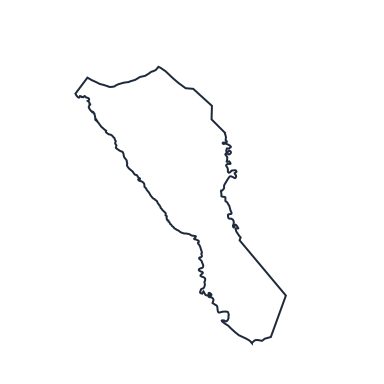 the district of La Jigua, Copán, Honduras, rotated 310°
{"feature_id": "27666195B73111216600935", "entity_name": "La Jigua", "entity_type": "district", "adm_level": 2, "iso_a3": "HND", "parent_name": "Honduras", "parent_adm1": "Copán", "projection": "equal_earth", "projection_center": [-88.775, 15.106], "detail": "fine", "context": "isolated", "style": "outline", "palette": "slate", "viewbox_px": 384, "rotation_deg": 310, "n_neighbors": 0, "source": "geoboundaries", "source_scale": "gbopen_adm2", "svg_char_len": 6023}
<svg xmlns="http://www.w3.org/2000/svg" viewBox="0 0 384 384"><g transform="rotate(310 192 192)"><path d="M131.6,345.6L173.0,330.5L185.6,259.5L188.5,258.4L188.7,256.5L190.2,251.4L191.3,249.6L191.7,249.3L192.2,249.2L192.9,249.7L193.6,250.7L194.0,250.7L194.4,249.6L195.0,247.6L195.0,246.9L194.9,246.3L194.4,246.1L193.7,246.1L192.3,247.2L191.7,246.9L191.6,246.5L191.9,245.7L192.7,244.9L194.0,244.6L195.5,243.6L196.2,242.9L196.8,241.9L197.1,240.9L196.9,239.9L196.6,238.9L195.9,238.2L195.6,237.8L195.5,236.9L195.6,236.2L197.4,234.4L197.8,234.2L198.4,234.4L200.5,236.1L201.1,236.0L201.6,235.5L202.6,233.4L205.4,229.4L205.8,227.9L206.6,225.8L206.7,224.9L206.5,223.9L206.7,223.2L209.1,221.3L209.3,221.0L209.3,220.4L207.8,218.0L207.7,217.6L207.7,217.2L209.2,216.0L211.3,213.6L211.9,213.4L212.4,214.1L212.8,214.2L214.9,214.3L216.1,213.7L217.3,212.6L218.6,212.1L221.5,211.7L225.0,211.1L227.9,210.9L228.6,211.2L229.1,211.8L229.5,213.0L230.1,215.7L230.4,216.1L230.9,216.2L231.9,216.0L232.7,215.4L233.0,215.0L233.2,213.7L233.8,212.6L235.8,213.1L236.2,213.0L236.5,212.4L236.7,211.7L236.5,211.2L236.0,210.6L234.0,208.7L231.4,208.4L230.9,208.2L230.5,207.9L230.4,207.5L230.4,207.0L230.6,206.6L231.0,206.1L232.0,205.3L233.0,204.2L233.4,203.3L234.0,201.4L234.4,201.0L235.2,200.9L236.1,201.1L236.8,201.7L238.0,203.2L238.4,203.3L238.7,203.1L239.1,202.2L239.3,200.7L238.0,199.9L237.7,199.5L237.6,199.0L239.4,198.1L241.3,196.7L241.6,196.0L242.1,193.5L242.8,193.2L243.4,193.2L243.8,193.9L244.4,195.7L244.7,196.3L245.3,196.6L246.4,196.7L247.2,196.5L247.6,196.1L247.9,195.4L247.8,194.5L247.6,194.1L247.3,193.8L245.2,193.7L245.0,193.3L245.1,192.7L245.3,192.1L245.5,191.8L247.0,191.0L247.9,190.8L249.0,192.4L249.6,192.4L251.1,192.9L251.6,192.7L251.8,192.0L251.9,191.1L251.5,189.1L250.7,186.6L249.2,185.4L248.9,184.9L249.0,184.3L249.3,184.0L249.9,184.1L251.3,185.9L252.2,186.4L252.9,186.4L253.2,185.9L253.1,185.1L253.4,184.4L255.8,182.8L257.0,181.2L257.8,179.8L258.5,179.4L260.2,160.3L270.8,151.9L271.8,126.6L267.4,120.4L266.8,111.2L266.9,104.0L267.5,94.1L266.9,88.1L266.3,85.8L263.4,85.9L261.8,85.7L259.7,84.7L257.9,83.5L254.9,82.8L250.8,81.4L247.1,78.5L245.2,77.7L242.7,76.9L241.1,76.2L236.5,73.2L235.6,72.9L232.2,69.7L227.5,66.5L225.1,65.3L224.0,65.0L223.0,64.7L221.5,63.5L220.3,62.3L219.1,60.7L219.1,60.3L218.9,59.6L217.3,55.7L215.4,51.7L214.8,48.8L213.2,43.1L212.4,38.4L192.4,39.5L191.6,41.5L191.3,43.3L191.4,44.1L191.5,44.6L191.7,44.8L192.2,44.9L193.1,44.8L193.5,44.6L194.0,45.6L193.8,46.5L194.3,46.8L194.6,47.7L196.4,48.0L196.6,48.4L196.4,49.1L196.4,50.1L197.2,51.9L197.3,53.0L197.0,53.5L196.4,53.9L195.5,53.9L194.7,53.6L194.7,55.6L194.5,56.0L193.4,57.0L193.8,57.4L193.7,57.7L191.4,58.0L190.8,58.2L190.3,58.8L189.7,60.3L189.2,62.2L189.2,62.7L189.8,64.8L189.6,65.5L189.2,65.3L189.4,66.3L189.4,66.8L188.9,67.1L188.3,68.2L186.5,70.4L186.2,71.1L185.9,72.2L185.4,71.3L185.2,71.5L185.1,73.9L184.9,75.6L183.7,80.4L183.7,81.3L183.6,84.8L183.6,85.5L183.7,85.8L183.7,86.9L182.8,87.2L182.6,87.4L182.5,87.9L182.5,89.6L182.7,91.2L183.6,92.8L183.8,93.8L183.8,95.0L183.5,96.1L183.5,97.8L182.4,99.5L182.2,100.4L181.8,101.0L180.0,101.7L179.6,102.4L179.4,103.5L179.1,104.1L178.1,104.7L177.1,105.1L176.9,105.3L176.8,106.4L177.2,110.3L177.5,111.4L178.0,112.5L178.0,113.5L177.1,115.1L176.0,116.3L175.3,117.3L174.9,118.4L174.3,121.3L174.1,121.8L173.7,122.3L173.1,122.7L172.3,124.0L170.7,124.9L170.0,126.4L169.5,128.5L169.5,133.9L168.8,135.5L168.7,136.6L168.7,137.5L169.3,138.4L169.4,139.3L168.6,141.5L168.9,143.3L168.7,143.7L168.3,143.8L167.0,142.9L166.8,143.2L166.7,143.7L166.7,144.4L167.6,146.3L167.8,147.0L167.9,148.1L167.8,149.4L167.3,150.5L165.4,152.3L165.3,154.3L164.5,156.1L163.9,159.5L162.8,162.3L162.3,164.8L162.1,166.1L162.2,167.0L162.5,167.7L162.3,168.7L162.5,170.9L161.5,172.9L160.5,177.1L159.7,178.1L159.5,180.0L159.2,180.9L158.9,185.2L158.6,185.7L157.1,186.8L157.3,187.7L157.2,188.3L156.8,188.5L155.9,189.0L155.3,190.0L154.7,190.5L154.6,191.0L155.0,192.2L154.2,192.9L154.3,193.5L154.3,194.3L153.5,195.7L153.6,197.1L153.1,198.6L153.2,200.6L152.8,201.6L153.2,203.6L153.2,204.6L153.8,206.6L153.8,208.2L154.1,210.0L155.0,212.3L156.6,214.5L157.8,216.6L158.1,217.3L158.2,218.8L158.5,219.8L160.1,222.4L160.5,223.3L160.3,223.6L158.7,223.8L157.7,223.6L157.4,223.9L157.4,224.3L158.0,225.1L158.3,226.0L158.8,228.1L158.8,228.6L157.9,229.4L157.0,229.2L156.7,229.4L156.4,229.9L156.2,231.3L155.4,233.3L152.2,238.3L151.7,238.7L150.7,238.8L149.8,240.2L149.0,240.9L148.0,240.9L146.7,239.9L146.1,239.9L145.7,240.2L145.5,240.7L145.5,242.2L145.2,244.0L144.4,245.1L143.3,247.4L142.6,248.1L141.9,248.6L141.1,248.7L140.0,248.4L139.0,247.6L138.1,247.2L137.2,247.0L136.7,247.3L136.5,247.7L136.4,248.2L136.7,249.6L137.3,251.1L137.3,251.8L137.2,252.1L136.5,252.4L133.9,252.0L133.5,252.2L133.2,252.5L133.3,253.4L134.1,255.6L134.3,256.4L134.2,257.4L133.7,258.2L132.4,259.0L131.1,259.3L129.4,261.4L127.8,262.2L126.4,262.6L125.8,262.6L125.0,262.3L123.9,261.6L123.1,261.5L121.9,262.1L120.6,262.4L120.3,262.7L120.1,263.1L120.2,264.1L120.7,265.1L123.2,264.7L123.0,265.5L122.2,267.2L121.9,268.5L122.0,269.2L122.5,270.1L123.0,270.7L123.3,270.8L124.3,270.4L125.1,269.8L125.5,269.8L125.8,270.1L126.1,270.7L126.1,272.2L125.8,272.9L125.2,273.2L124.6,272.8L124.2,271.7L123.8,271.2L123.2,271.1L122.7,271.6L122.5,272.2L122.6,272.8L122.9,273.4L123.5,274.2L123.9,275.3L123.9,276.1L123.8,276.8L123.5,277.4L123.0,277.9L120.2,279.1L120.4,281.4L120.8,283.5L120.7,284.5L120.1,285.4L118.7,286.8L117.3,288.4L117.0,289.0L116.8,289.7L116.9,290.0L117.3,290.5L120.0,292.4L121.6,294.1L122.8,295.7L123.0,296.3L123.1,296.7L122.5,297.8L121.5,299.2L120.3,299.7L119.2,300.8L118.6,301.2L116.7,301.7L115.5,301.6L114.7,301.2L114.4,300.7L114.3,299.4L113.9,298.6L112.8,297.4L112.6,297.4L112.4,297.7L112.2,298.5L112.2,299.6L112.4,302.5L112.9,305.7L112.6,308.3L112.5,310.3L112.3,315.1L112.4,319.9L114.5,327.8L115.1,331.1L115.1,332.6L114.7,335.2L115.4,334.7L116.3,335.1L118.1,335.3L119.3,335.8L119.8,336.2L121.3,338.2L122.8,341.0L123.3,341.4L126.3,342.0L131.6,345.6Z" fill="none" stroke="#1e293b" stroke-width="2"/></g></svg>